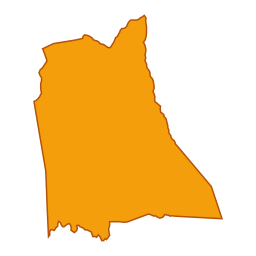 outline of Lagoa Real, Bahia, Brazil
{"feature_id": "56859067B61911613465108", "entity_name": "Lagoa Real", "entity_type": "district", "adm_level": 2, "iso_a3": "BRA", "parent_name": "Brazil", "parent_adm1": "Bahia", "projection": "equal_earth", "projection_center": [-42.217, -14.03], "detail": "fine", "context": "isolated", "style": "filled", "palette": "amber", "viewbox_px": 256, "rotation_deg": 0, "n_neighbors": 0, "source": "geoboundaries", "source_scale": "gbopen_adm2", "svg_char_len": 2394}
<svg xmlns="http://www.w3.org/2000/svg" viewBox="0 0 256 256"><path d="M176.9,145.6L175.7,144.4L175.0,142.5L174.2,140.6L172.4,139.4L171.0,137.3L170.7,135.3L169.2,133.7L168.8,131.5L168.7,129.6L167.8,127.7L167.8,125.7L167.0,122.9L166.4,119.8L165.6,118.1L164.3,117.0L163.8,114.6L162.4,113.3L160.7,112.5L160.2,109.0L160.5,106.2L158.8,104.9L156.7,102.9L155.1,101.9L154.6,99.8L154.9,96.9L154.2,94.1L153.0,91.6L154.2,88.2L154.0,85.5L153.6,83.2L153.1,80.3L152.1,78.4L150.2,76.2L149.9,72.6L149.3,70.8L148.2,69.6L146.7,67.0L146.6,64.1L145.6,62.2L144.9,60.2L145.8,57.9L145.2,55.7L145.3,53.5L145.8,51.6L145.8,48.8L145.0,45.5L143.5,42.2L145.2,39.7L146.1,36.6L146.3,34.5L146.5,32.4L146.5,29.1L146.5,26.5L145.9,23.4L145.7,20.8L146.0,18.1L144.3,15.4L142.5,16.7L140.2,18.0L138.2,19.6L136.8,20.0L134.8,20.1L132.5,20.0L130.7,20.1L129.3,21.3L128.2,22.8L127.3,24.8L126.3,26.9L124.5,28.3L121.7,28.6L120.3,30.3L119.7,32.1L118.5,34.2L117.3,36.6L115.7,37.5L114.6,40.3L113.6,42.5L112.4,44.3L111.0,46.6L109.7,47.8L107.9,47.4L106.3,46.6L104.8,45.2L102.5,44.1L100.5,43.9L98.5,41.8L97.1,41.0L95.7,40.6L93.9,40.1L92.2,38.1L90.0,36.5L87.3,35.4L84.8,34.8L83.1,36.3L82.6,38.4L75.6,40.0L53.5,43.6L42.6,48.8L43.5,50.8L44.4,53.1L45.0,54.9L45.6,56.7L46.6,59.4L46.8,61.5L45.2,63.6L43.3,66.7L42.0,68.4L40.3,69.6L39.0,72.6L40.0,75.3L41.5,77.6L41.5,81.1L40.7,83.4L40.7,87.0L40.9,90.2L41.5,93.1L40.6,94.5L39.7,96.6L38.1,98.6L36.2,100.4L34.0,101.4L39.3,132.9L45.8,171.1L47.3,210.1L48.5,236.7L49.7,235.1L49.7,232.4L50.2,230.0L52.3,229.7L54.2,230.5L55.8,227.9L57.7,226.2L57.8,223.5L58.8,221.3L60.5,222.8L61.3,224.8L62.6,226.7L64.2,226.7L65.6,225.5L67.3,224.2L69.3,223.6L70.5,225.1L71.2,227.3L71.0,230.3L72.4,231.2L74.4,232.6L76.7,230.5L77.4,228.0L76.5,225.9L78.4,225.0L79.7,226.6L81.4,227.2L83.6,228.3L84.8,229.8L87.1,229.9L89.1,230.9L91.0,231.7L92.0,234.0L92.7,236.6L94.7,236.4L96.6,237.3L98.2,234.9L99.6,236.2L100.6,237.9L101.7,240.6L103.6,240.6L105.1,238.7L106.3,239.6L107.9,237.8L109.7,235.1L109.0,232.8L108.8,230.7L108.7,228.4L109.6,225.9L109.7,221.7L111.7,221.7L114.0,221.7L117.3,221.7L119.5,221.7L121.2,221.9L122.8,222.1L124.7,222.2L127.4,221.9L148.6,214.0L150.2,214.6L151.6,215.0L153.5,216.0L155.4,215.9L157.3,217.0L159.7,218.1L162.1,217.5L163.7,216.4L164.7,214.5L166.6,215.1L168.1,215.0L169.9,216.1L171.7,215.8L173.6,216.0L175.6,216.2L222.0,218.7L211.3,186.5L176.9,145.6Z" fill="#f59e0b" stroke="#b45309" stroke-width="1.5"/></svg>